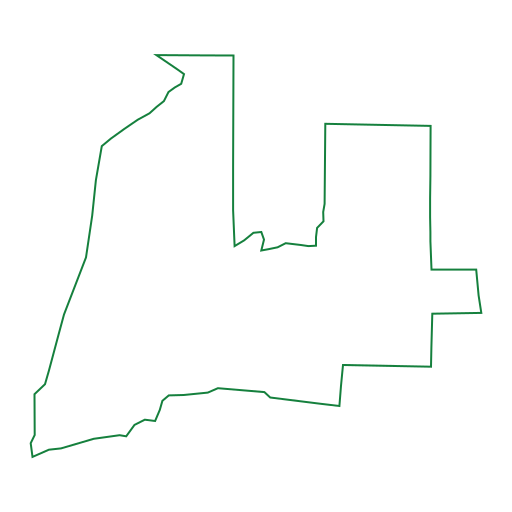 Teutônia, Rio Grande do Sul, Brazil
{"feature_id": "56859067B69463927018614", "entity_name": "Teutônia", "entity_type": "district", "adm_level": 2, "iso_a3": "BRA", "parent_name": "Brazil", "parent_adm1": "Rio Grande do Sul", "projection": "robinson", "projection_center": [-51.779, -29.465], "detail": "fine", "context": "isolated", "style": "outline", "palette": "green", "viewbox_px": 512, "rotation_deg": 0, "n_neighbors": 0, "source": "geoboundaries", "source_scale": "gbopen_adm2", "svg_char_len": 1101}
<svg xmlns="http://www.w3.org/2000/svg" viewBox="0 0 512 512"><path d="M430.6,125.9L325.3,123.8L324.6,203.9L323.2,212.0L323.5,221.3L317.1,227.9L316.0,237.1L316.0,245.7L308.4,246.1L300.9,245.0L285.7,243.2L277.6,247.3L268.4,249.2L261.3,250.5L264.0,239.6L261.3,232.0L253.4,232.8L244.1,240.4L234.6,246.1L233.1,210.1L233.1,201.1L233.1,167.5L233.5,55.5L205.2,55.4L156.4,55.1L177.7,69.6L184.0,74.1L181.2,83.8L174.9,87.4L168.5,92.0L163.9,101.1L156.7,106.8L149.5,113.3L137.8,119.7L124.2,129.0L111.0,138.5L101.8,146.1L95.9,180.1L92.2,215.6L86.0,257.4L64.0,314.5L58.4,335.2L48.9,370.7L45.0,384.2L34.5,394.2L34.7,435.0L30.7,443.2L32.5,456.9L48.9,449.7L61.0,448.4L93.7,438.8L119.6,435.2L126.2,436.3L134.5,424.9L144.8,419.7L155.1,421.0L159.8,409.9L162.4,400.8L168.8,395.4L183.7,395.0L207.8,392.6L217.9,388.2L264.4,392.1L270.2,397.5L319.1,403.6L339.4,406.0L341.0,385.8L343.0,365.0L410.4,366.3L431.0,366.7L431.4,346.9L432.3,313.7L481.3,312.9L478.6,295.4L476.2,269.6L431.5,269.6L430.4,241.2L430.4,232.3L430.1,217.0L430.1,198.3L430.4,176.0L430.5,147.6L430.6,125.9Z" fill="none" stroke="#15803d" stroke-width="2"/></svg>